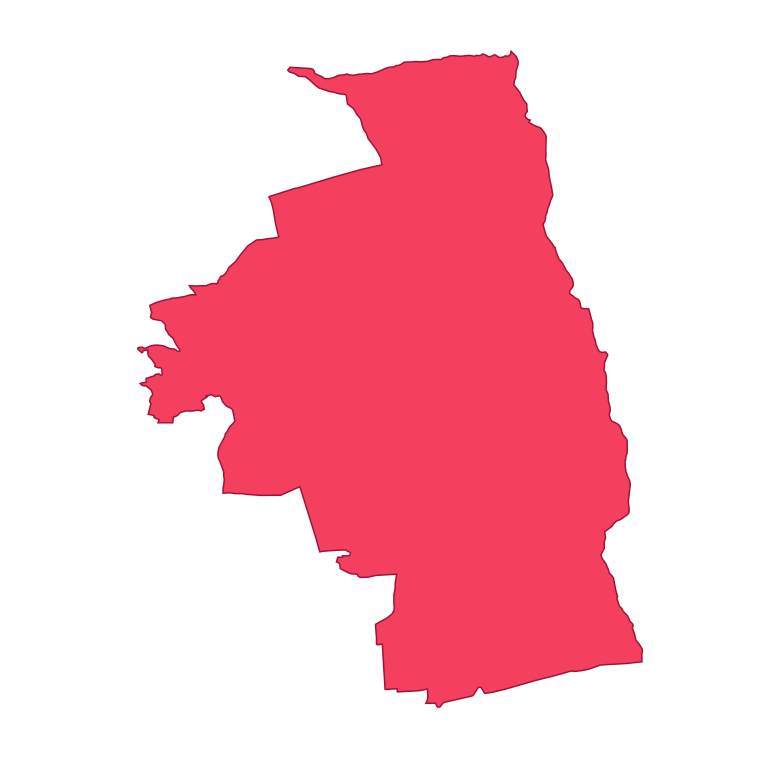 Corbita, Vrancea, Romania (Equal Earth projection), rotated 177°
{"feature_id": "2599482B59381680661249", "entity_name": "Corbita", "entity_type": "district", "adm_level": 2, "iso_a3": "ROU", "parent_name": "Romania", "parent_adm1": "Vrancea", "projection": "equal_earth", "projection_center": [27.314, 46.152], "detail": "fine", "context": "isolated", "style": "filled", "palette": "rose", "viewbox_px": 768, "rotation_deg": 177, "n_neighbors": 0, "source": "geoboundaries", "source_scale": "gbopen_adm2", "svg_char_len": 6136}
<svg xmlns="http://www.w3.org/2000/svg" viewBox="0 0 768 768"><g transform="rotate(177 384 384)"><path d="M239.7,709.6L240.7,706.1L241.8,705.3L243.3,704.9L245.7,705.3L247.8,704.3L250.9,704.0L252.3,704.3L255.3,706.6L256.3,707.0L260.3,705.4L262.4,705.3L264.8,706.9L267.9,708.4L268.9,708.1L269.8,707.2L272.2,706.9L274.4,707.3L276.7,706.6L281.4,707.7L290.3,707.3L297.8,708.3L301.0,708.2L303.5,707.2L307.6,706.7L309.5,705.3L310.8,704.9L313.2,705.4L318.4,705.3L323.3,704.0L330.1,703.8L335.9,704.4L340.6,704.1L344.9,704.4L347.3,704.2L349.3,702.8L352.0,701.6L355.3,701.3L357.7,700.1L363.0,700.0L365.5,699.3L374.4,695.9L380.2,694.4L385.3,695.0L390.0,694.6L392.2,694.7L398.1,693.9L402.2,694.4L404.3,695.4L405.5,695.4L408.1,694.8L413.5,694.6L419.0,692.4L423.4,691.8L427.8,692.1L428.5,693.2L430.3,694.4L436.0,697.2L436.9,697.7L437.3,700.0L438.6,702.1L441.1,702.9L461.4,705.2L463.6,702.6L463.5,702.1L462.0,700.5L457.0,698.7L453.0,695.7L446.5,695.0L442.7,691.9L436.5,685.5L433.2,682.9L423.6,679.1L419.8,678.3L413.3,676.1L408.4,675.4L407.0,674.8L406.5,673.4L405.8,665.5L400.1,660.7L398.3,657.4L397.5,655.4L393.5,650.0L391.6,640.9L390.2,637.5L388.6,635.6L387.0,629.9L380.3,619.9L377.7,615.2L376.8,612.7L375.7,610.9L375.3,609.1L374.7,603.0L395.8,599.4L423.1,593.3L460.6,584.1L462.5,584.1L488.8,577.2L489.1,576.8L487.2,572.3L485.9,566.3L485.1,561.2L484.0,550.3L481.4,536.6L483.5,535.7L492.7,535.2L498.1,534.5L503.8,534.5L512.8,529.0L520.3,520.9L525.9,514.0L532.2,509.0L533.6,507.3L534.2,505.8L536.5,502.7L538.4,501.0L541.3,500.0L544.4,495.3L544.9,492.9L550.0,493.3L553.3,492.7L556.2,491.5L566.7,491.7L573.2,492.3L571.4,489.3L568.5,485.8L567.4,483.0L572.6,483.2L579.0,481.7L587.8,480.8L591.3,480.8L593.3,480.1L599.4,479.2L606.5,477.5L613.7,474.8L612.9,469.6L612.2,467.7L613.7,463.0L613.6,462.7L611.2,460.8L602.8,458.8L599.8,455.6L599.2,454.0L599.4,451.4L599.0,449.5L598.0,448.2L596.3,444.6L592.3,440.7L589.6,434.4L586.3,429.1L586.2,427.6L586.6,427.3L588.3,427.4L591.4,429.9L596.0,430.5L602.4,433.7L607.2,434.6L611.5,434.8L614.4,434.4L617.0,433.7L619.9,432.2L621.4,432.2L623.7,433.4L626.6,433.4L627.5,433.3L628.1,432.2L627.7,431.2L624.1,427.9L623.2,428.5L623.0,430.0L618.1,430.1L618.2,426.7L617.7,424.2L614.2,420.0L611.4,415.3L611.3,414.9L611.9,413.8L611.8,413.3L608.6,412.0L606.5,412.0L605.7,411.5L605.3,410.7L604.9,406.7L605.3,404.6L606.2,404.4L608.5,405.9L611.9,405.5L613.0,404.2L621.1,402.1L621.4,401.2L621.1,398.7L621.4,398.2L626.0,397.8L627.4,397.2L625.4,395.1L621.5,394.4L617.3,390.7L616.6,389.7L615.6,386.2L615.8,385.1L617.5,383.1L618.4,381.1L618.9,378.4L617.7,376.8L621.1,366.0L615.7,364.8L615.1,364.2L615.6,363.2L614.5,361.9L611.1,360.6L610.5,359.6L611.8,357.1L597.0,356.3L596.0,362.2L594.4,362.3L591.9,363.4L588.8,366.2L583.0,367.5L577.4,367.0L570.9,367.5L568.1,366.7L566.2,367.4L566.1,368.0L564.8,368.3L565.3,372.2L567.4,376.1L567.3,376.8L561.1,380.6L561.5,381.2L562.4,381.4L562.3,381.7L559.7,381.7L556.9,382.5L553.2,380.1L548.8,381.0L547.4,379.0L546.3,375.4L545.2,373.5L542.4,370.1L537.7,367.5L536.5,365.9L535.4,359.1L535.3,357.3L534.7,355.1L536.5,352.8L540.1,349.6L543.5,344.2L545.1,342.6L545.6,340.1L552.1,329.3L553.3,324.6L553.6,321.0L553.3,318.6L551.8,314.9L548.6,304.3L548.9,300.7L548.5,296.9L549.5,290.4L550.1,289.2L550.5,283.4L543.6,283.4L538.7,282.4L530.3,281.8L527.2,281.0L512.7,279.2L493.0,278.3L473.4,285.9L459.8,232.8L456.9,219.7L452.8,220.2L439.5,220.5L431.5,220.3L430.3,220.0L429.3,218.8L426.8,217.9L426.4,217.1L426.8,215.4L427.8,214.2L434.5,214.6L434.6,213.2L439.2,213.4L440.8,208.8L438.8,207.9L437.6,206.3L437.3,201.9L428.5,196.8L426.4,196.1L420.9,195.5L419.8,193.3L417.7,192.0L409.5,192.0L402.2,193.3L381.3,193.4L383.2,184.8L383.5,179.8L385.1,173.1L385.6,163.9L385.4,160.4L385.9,157.2L388.2,153.8L392.9,150.4L405.1,144.4L404.8,130.9L405.1,124.6L404.2,123.9L399.3,124.3L398.9,78.9L386.9,79.0L386.7,75.8L364.3,75.9L356.6,77.1L356.5,70.9L356.8,67.8L357.5,65.5L359.0,62.9L349.3,62.5L347.8,59.0L347.1,58.4L344.9,58.7L341.7,62.3L339.7,63.1L312.1,67.9L310.7,69.0L306.0,75.7L305.1,76.2L304.0,76.3L302.8,75.7L299.7,69.8L292.1,70.4L278.0,73.1L248.9,79.9L228.9,83.8L212.1,87.6L208.7,87.0L200.5,87.5L194.6,88.5L183.0,91.9L180.6,92.1L156.2,92.2L140.9,93.1L140.8,99.2L139.9,104.3L140.1,106.0L143.1,111.5L145.8,114.9L147.0,121.5L148.7,127.1L148.7,127.8L147.9,129.0L148.0,131.0L150.8,134.1L152.9,139.7L156.1,143.4L157.3,145.0L158.4,147.4L160.7,150.1L162.7,158.0L161.8,159.4L163.3,165.6L165.0,178.2L166.2,180.2L169.0,183.6L169.6,186.8L172.2,193.6L174.8,197.5L176.0,200.5L176.3,202.1L172.6,208.4L172.4,214.5L170.8,219.0L171.4,224.9L163.8,230.0L162.0,232.4L159.0,235.0L154.6,236.4L147.4,241.1L146.0,243.1L145.7,246.2L146.2,253.7L143.2,271.3L143.6,272.3L143.7,274.5L145.4,278.5L147.0,284.1L147.1,286.7L147.6,289.0L147.3,290.1L147.5,293.7L146.8,295.3L146.0,299.7L145.0,301.5L144.5,305.9L144.2,315.2L145.0,316.8L148.3,321.3L149.1,323.8L149.3,326.2L151.0,330.1L152.8,331.9L158.4,335.0L159.7,337.2L160.6,340.8L160.5,342.5L159.5,345.2L159.5,349.0L160.8,355.6L160.8,362.3L162.2,365.8L162.5,367.9L161.8,372.7L161.6,378.9L161.9,382.2L162.5,384.3L163.7,386.2L163.1,388.9L162.6,394.0L159.4,400.4L159.1,401.7L160.9,404.3L165.0,404.2L167.1,405.1L168.6,407.7L170.3,412.6L170.8,417.1L171.8,419.6L172.5,423.5L173.0,426.8L172.6,428.8L172.3,433.8L173.2,436.8L175.6,448.3L181.2,448.9L183.3,449.8L184.1,455.6L184.6,456.7L185.8,458.4L188.7,460.0L190.5,461.9L193.0,463.8L193.9,465.0L193.8,466.5L193.1,468.1L190.7,470.7L189.8,472.8L189.8,475.5L190.5,479.0L194.1,485.3L196.1,488.0L199.7,495.8L203.1,500.3L205.7,508.9L205.8,511.2L207.3,512.5L208.3,514.8L214.2,523.2L216.5,533.2L216.5,534.6L217.1,535.4L215.8,536.5L214.9,538.2L214.1,540.4L213.8,543.2L212.0,547.4L211.6,549.7L208.6,556.7L208.0,558.7L205.8,562.9L205.6,564.3L206.6,573.0L208.1,581.8L208.4,589.7L210.8,599.1L210.9,600.1L210.4,602.3L210.1,610.4L209.1,622.6L209.6,624.4L211.5,627.7L214.0,631.4L221.0,634.6L225.8,637.8L224.1,639.9L226.6,640.9L228.5,642.8L228.8,643.6L229.0,644.3L228.8,645.8L226.6,648.7L226.9,653.1L226.7,656.1L229.8,660.5L233.3,668.4L238.7,676.0L237.7,680.4L236.4,683.1L235.8,689.4L233.2,696.6L233.2,699.5L234.8,704.1L239.7,709.6Z" fill="#f43f5e" stroke="#9f1239" stroke-width="1.5"/></g></svg>